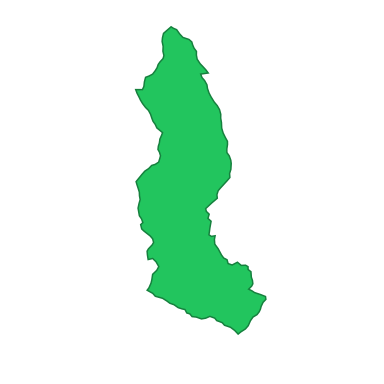 outline of Murutinga do Sul, São Paulo, Brazil, rotated 139°
{"feature_id": "56859067B32041072242718", "entity_name": "Murutinga do Sul", "entity_type": "district", "adm_level": 2, "iso_a3": "BRA", "parent_name": "Brazil", "parent_adm1": "São Paulo", "projection": "albers", "projection_center": [-51.304, -20.996], "detail": "fine", "context": "isolated", "style": "filled", "palette": "green", "viewbox_px": 384, "rotation_deg": 139, "n_neighbors": 0, "source": "geoboundaries", "source_scale": "gbopen_adm2", "svg_char_len": 2535}
<svg xmlns="http://www.w3.org/2000/svg" viewBox="0 0 384 384"><g transform="rotate(139 192 192)"><path d="M101.7,271.2L101.4,275.0L101.5,278.8L101.7,283.5L101.0,288.8L98.9,292.4L96.4,295.2L96.1,299.2L95.0,302.6L93.7,305.4L94.2,309.1L97.5,314.7L97.6,319.5L97.1,324.6L98.6,327.7L99.4,330.4L103.0,330.4L106.1,330.4L109.4,330.4L113.2,327.7L115.8,325.2L118.2,320.9L121.6,317.3L123.7,313.4L126.3,311.7L130.7,311.2L133.9,310.4L136.8,308.7L140.0,307.7L144.4,306.8L148.3,307.7L151.8,309.0L155.6,306.4L159.1,303.2L162.2,301.8L164.7,303.9L167.3,306.2L168.7,302.5L169.6,298.7L170.6,295.1L171.3,291.0L171.6,286.2L171.3,282.2L172.3,277.8L173.7,274.5L175.0,271.0L175.4,267.1L176.5,263.4L175.8,259.5L175.3,256.1L177.7,254.8L181.5,253.0L184.6,250.3L187.3,248.7L189.8,246.4L190.4,243.5L192.0,240.0L194.2,238.5L197.6,236.4L201.7,237.0L205.0,238.5L209.3,238.1L213.9,238.7L218.3,238.1L223.5,237.2L227.4,236.5L228.7,233.7L230.0,230.6L231.8,226.5L234.2,223.5L236.1,220.3L239.6,218.0L243.3,215.2L245.3,211.9L247.3,208.6L247.7,204.9L249.2,201.1L252.1,201.1L254.2,197.1L253.9,194.1L253.3,191.0L252.4,186.3L252.4,182.5L254.1,179.1L256.8,178.2L262.1,177.7L264.7,176.8L266.9,173.8L269.4,169.8L265.3,167.6L264.9,163.0L266.0,157.5L270.0,156.0L275.7,155.7L279.9,152.1L282.7,150.1L287.4,147.9L290.3,147.3L288.1,141.2L288.1,137.4L285.6,133.6L283.9,131.0L282.5,126.3L281.7,122.6L279.5,118.7L278.3,113.8L276.2,110.3L274.4,107.9L275.3,104.1L273.6,101.5L273.7,97.9L270.8,94.8L268.1,90.0L264.5,87.8L260.1,86.4L257.6,81.9L257.7,78.7L256.3,76.2L254.9,73.5L254.9,70.1L253.3,67.4L251.7,64.6L250.6,59.5L250.4,54.5L247.1,54.4L241.5,53.6L237.3,54.2L232.4,56.5L228.0,57.6L223.4,56.8L219.9,57.5L217.2,58.7L214.9,60.3L210.8,62.1L206.7,62.5L205.1,64.9L207.6,69.7L210.8,75.1L211.6,78.1L213.0,81.5L208.8,81.8L206.3,82.8L204.4,85.6L203.1,88.8L199.8,93.2L200.5,96.7L198.7,98.9L199.6,101.6L203.0,104.3L203.8,109.2L209.6,110.6L211.7,114.3L210.0,117.9L211.4,121.4L211.1,125.0L209.5,132.0L209.0,137.7L206.2,141.5L203.3,143.8L206.5,145.8L207.3,148.6L204.8,150.7L202.5,152.8L196.8,157.4L197.3,161.6L193.6,164.0L193.9,168.0L192.6,170.5L184.4,170.8L177.0,170.7L175.0,173.6L171.4,175.8L168.4,176.3L158.6,177.4L153.9,178.1L151.5,181.3L147.8,183.6L143.7,187.8L141.9,190.5L140.2,194.8L139.8,198.9L137.5,201.6L134.0,204.6L132.0,207.0L131.1,211.2L129.8,216.1L127.7,220.7L124.2,225.1L121.9,228.9L119.3,231.8L117.2,236.1L116.3,240.6L116.2,245.4L115.2,251.5L114.2,255.6L112.4,260.0L110.4,263.1L109.4,267.8L109.4,271.8L108.1,275.3L101.7,271.2Z" fill="#22c55e" stroke="#15803d" stroke-width="1.5"/></g></svg>